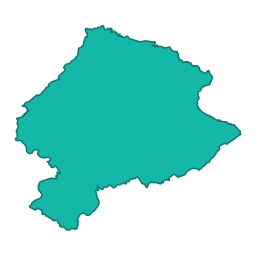 Den Chai, Phrae, Thailand
{"feature_id": "78962969B35884662782680", "entity_name": "Den Chai", "entity_type": "district", "adm_level": 2, "iso_a3": "THA", "parent_name": "Thailand", "parent_adm1": "Phrae", "projection": "albers", "projection_center": [100.03, 17.912], "detail": "fine", "context": "isolated", "style": "filled", "palette": "teal", "viewbox_px": 256, "rotation_deg": 0, "n_neighbors": 0, "source": "geoboundaries", "source_scale": "gbopen_adm2", "svg_char_len": 5700}
<svg xmlns="http://www.w3.org/2000/svg" viewBox="0 0 256 256"><path d="M240.6,134.4L240.1,133.1L240.1,131.1L238.6,130.2L237.2,128.6L237.0,127.8L235.4,126.6L234.2,124.7L232.4,125.0L231.2,124.7L230.8,124.3L230.8,123.8L230.0,124.0L229.4,123.5L228.6,123.7L228.0,123.1L227.4,123.0L226.7,122.0L220.9,121.3L219.3,119.9L218.7,121.0L218.1,121.0L217.6,120.0L216.6,120.1L214.3,118.8L213.8,118.1L213.0,118.1L212.5,117.3L211.7,117.3L211.2,116.7L210.5,116.8L209.7,115.6L208.4,115.6L207.1,114.6L206.7,115.1L204.9,113.4L204.0,113.5L203.5,112.7L201.4,111.6L200.5,110.0L199.6,109.9L199.4,108.6L198.6,108.8L198.2,108.0L197.6,107.6L198.2,106.8L197.1,105.1L197.7,103.4L197.0,102.3L197.5,100.2L198.3,99.8L199.0,98.3L198.8,96.9L197.8,95.5L198.3,91.8L200.4,90.7L201.0,89.9L200.8,88.6L204.0,86.2L209.6,84.6L212.2,78.4L212.1,76.4L209.6,73.3L208.8,70.7L208.3,70.5L207.9,70.7L205.6,73.2L203.8,73.0L203.2,72.2L201.2,71.5L199.9,70.4L199.4,67.8L197.0,65.6L194.6,66.1L193.7,65.6L192.4,65.6L191.2,64.9L191.3,64.2L190.9,63.9L190.8,63.0L188.6,62.6L188.2,61.8L186.8,61.8L186.6,62.1L186.2,61.7L185.1,61.9L184.6,62.4L184.1,62.2L183.7,62.5L182.8,62.2L182.4,61.7L182.5,61.2L181.5,60.4L181.6,60.1L179.8,59.8L178.9,59.1L179.1,57.7L178.3,56.7L178.1,54.7L177.8,54.3L178.1,53.6L177.2,53.0L177.0,52.6L177.3,52.5L177.2,52.0L176.9,52.3L176.9,51.9L175.9,51.4L174.8,51.5L173.3,51.2L171.4,49.9L170.0,47.2L169.1,47.0L166.1,47.8L165.7,47.6L164.0,48.5L163.2,47.3L162.8,47.4L161.7,46.6L158.4,46.3L157.7,46.6L157.3,46.2L157.2,45.1L156.8,45.0L155.9,46.1L155.3,46.0L155.1,46.3L155.1,45.8L154.1,45.5L152.7,45.9L152.4,45.6L154.6,44.4L155.2,43.4L155.1,42.0L152.3,41.9L145.8,40.9L142.7,41.3L140.8,41.8L139.6,41.7L132.5,39.6L131.9,39.2L130.0,39.0L127.3,36.1L123.6,37.7L122.4,36.6L121.4,36.6L121.3,35.8L120.8,35.5L120.3,35.4L119.4,36.2L117.9,35.8L119.2,34.3L118.3,34.6L117.1,33.5L116.1,33.5L115.9,33.1L116.3,32.4L114.5,31.8L114.2,31.3L114.0,31.8L112.3,32.1L111.2,31.3L111.1,32.2L110.6,32.5L110.5,31.1L112.0,30.6L112.2,30.1L111.6,28.8L110.8,28.2L109.4,29.1L107.9,28.4L107.7,29.1L105.3,29.9L105.2,29.2L104.3,28.6L103.3,26.8L103.8,26.5L103.6,26.0L102.2,25.9L101.3,26.0L100.4,27.4L99.1,27.7L98.2,27.1L96.8,28.6L95.4,28.3L94.3,28.4L92.0,29.9L90.8,29.1L89.4,29.0L88.3,29.2L87.4,28.5L85.6,28.8L85.4,29.8L86.0,32.0L87.1,33.1L86.9,34.1L87.6,35.3L87.2,36.7L86.2,36.7L85.1,37.4L84.8,39.4L83.7,41.7L83.3,45.4L82.3,46.0L80.7,47.7L79.0,48.1L78.6,48.4L77.6,55.6L76.0,57.2L75.7,58.0L75.2,58.3L74.1,59.6L71.9,60.8L69.6,63.3L68.7,63.8L66.8,64.0L64.6,65.6L63.7,67.7L65.2,69.4L65.0,70.3L64.5,71.1L59.3,75.5L58.3,78.3L58.9,79.2L58.8,79.8L57.0,80.0L51.6,81.9L48.5,84.4L48.4,85.2L49.1,85.9L49.1,86.4L46.4,87.4L45.3,89.0L45.1,89.8L43.6,90.8L42.2,92.8L41.5,93.1L40.9,94.2L39.9,94.6L39.3,95.3L36.5,95.0L35.5,96.4L33.5,97.5L32.7,98.8L31.4,99.4L30.4,100.6L27.8,102.1L25.8,102.4L23.7,105.4L22.4,105.8L22.7,106.3L25.7,106.5L27.1,109.2L27.7,109.4L27.7,110.0L28.6,110.5L28.2,111.1L27.0,111.4L26.8,112.1L25.8,112.6L25.9,113.9L24.4,113.8L24.3,115.0L23.1,115.3L23.2,116.2L22.0,116.6L21.4,117.6L20.1,117.5L18.3,117.9L17.8,118.3L17.1,118.1L16.8,119.0L17.6,119.0L18.0,119.6L17.1,123.9L18.0,124.6L18.2,125.2L18.0,128.0L16.8,129.7L16.3,131.2L17.1,133.4L17.3,137.3L17.1,137.8L15.9,138.3L15.4,139.1L15.8,140.0L17.1,140.6L20.6,140.5L23.5,143.2L25.4,145.3L26.4,147.1L26.6,151.5L28.5,153.2L29.7,153.6L31.2,153.5L32.4,152.7L32.7,151.1L33.6,150.4L34.5,149.9L37.2,149.6L38.5,150.2L37.6,153.8L38.3,155.1L40.2,156.9L43.2,157.9L48.3,157.3L50.0,157.8L50.6,158.7L50.1,160.4L49.1,161.2L47.4,161.7L48.6,162.5L49.0,164.3L49.5,164.9L51.2,165.5L51.0,166.8L51.4,167.3L53.1,167.4L55.1,166.3L56.4,166.7L60.0,172.7L60.0,173.5L59.4,173.7L57.8,172.2L57.1,172.4L57.4,175.8L56.2,175.7L55.9,176.1L56.2,177.8L56.8,178.3L56.6,178.6L52.8,178.5L51.1,178.1L50.5,178.9L49.5,178.6L42.0,181.1L39.8,182.2L39.4,182.9L39.1,184.6L38.3,185.3L38.4,188.5L38.7,190.0L39.5,191.2L40.6,191.9L42.1,195.2L41.2,196.4L40.9,197.6L39.4,198.6L35.3,200.3L32.8,202.0L31.8,203.2L31.6,204.6L29.6,206.2L29.7,207.1L34.6,209.7L35.9,209.7L38.0,208.4L38.7,208.4L41.6,210.5L42.1,211.9L42.4,214.2L45.3,214.4L45.9,215.9L47.3,216.2L48.9,217.5L51.6,218.7L53.1,220.8L54.0,220.8L56.0,220.0L56.9,220.1L58.1,222.8L59.5,224.2L59.9,226.3L61.9,227.1L64.3,227.2L66.5,229.8L68.7,230.1L69.5,229.9L71.9,228.5L75.5,229.2L76.7,228.8L77.9,225.6L77.8,223.9L78.3,221.3L77.5,219.1L79.9,214.7L80.6,213.9L83.9,213.1L84.9,213.6L86.4,215.2L89.3,215.1L90.8,213.8L92.5,211.7L94.4,210.8L98.4,205.2L99.0,203.0L98.9,201.0L97.1,197.6L96.8,195.5L95.5,190.8L95.9,190.2L97.8,190.6L98.5,190.3L98.4,189.3L97.4,187.4L97.4,186.3L101.8,189.5L102.6,189.4L104.1,187.3L107.4,186.9L109.4,184.9L110.4,185.2L113.0,187.7L113.9,187.8L115.2,187.1L116.9,185.3L118.5,184.6L119.7,184.7L120.4,184.0L122.1,183.9L123.3,182.9L124.6,182.9L125.1,183.9L125.7,183.9L126.2,183.5L126.7,181.5L128.8,181.7L129.3,181.3L129.9,179.5L130.9,179.4L131.6,178.8L132.7,179.1L133.8,178.6L135.0,178.6L135.6,178.2L136.7,176.6L138.6,178.0L141.9,183.4L143.6,183.9L145.2,184.9L145.5,186.3L147.0,187.6L148.4,184.5L149.6,183.1L151.0,182.2L152.2,182.0L153.3,182.7L155.5,182.4L160.4,183.9L161.3,183.5L161.7,182.3L163.1,182.7L163.5,182.6L163.5,180.7L164.0,180.3L166.9,179.8L169.1,180.5L169.4,179.8L168.8,178.8L169.5,177.5L174.0,174.2L174.6,174.3L177.5,176.9L178.3,177.2L179.7,176.4L181.1,176.3L182.5,175.3L183.8,175.2L184.7,174.7L186.0,173.3L186.7,171.3L189.3,170.2L191.6,168.5L195.4,168.4L197.8,169.2L198.8,170.2L199.6,169.0L201.0,168.7L202.2,167.1L205.1,165.2L206.7,163.1L209.1,162.3L210.9,158.8L212.4,157.9L214.2,156.0L215.5,154.3L216.9,151.8L219.2,149.7L219.4,149.0L219.2,147.0L219.9,145.8L221.7,144.7L224.9,143.3L226.5,144.1L227.3,144.0L228.6,142.7L234.1,139.1L238.8,135.4L240.6,134.4Z" fill="#14b8a6" stroke="#0f766e" stroke-width="1.5"/></svg>